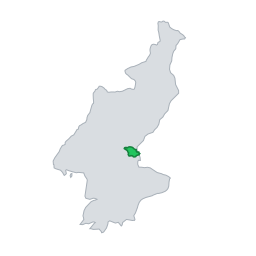 location of Jongphyong, Hamgyŏng-namdo, North Korea, rotated 342°
{"feature_id": "82179303B98077140175950", "entity_name": "Jongphyong", "entity_type": "district", "adm_level": 2, "iso_a3": "PRK", "parent_name": "North Korea", "parent_adm1": "Hamgyŏng-namdo", "projection": "albers", "projection_center": [127.328, 39.697], "detail": "fine", "context": "in_parent", "style": "filled", "palette": "green", "viewbox_px": 256, "rotation_deg": 342, "n_neighbors": 0, "source": "geoboundaries", "source_scale": "gbopen_adm2", "svg_char_len": 4236}
<svg xmlns="http://www.w3.org/2000/svg" viewBox="0 0 256 256"><g transform="rotate(342 128 128)"><path d="M152.8,188.7L151.9,189.2L150.3,192.1L148.8,195.9L147.3,197.9L145.7,199.0L143.8,199.7L140.2,200.0L136.9,199.7L135.9,199.3L131.3,199.6L130.1,199.9L123.6,199.6L120.2,199.9L118.0,200.6L115.8,202.1L113.9,204.3L112.3,206.7L108.8,211.1L106.4,213.2L106.4,216.3L106.3,217.3L105.5,217.9L105.2,217.6L103.8,217.4L98.3,214.5L93.7,216.2L92.5,218.4L91.3,219.1L89.6,214.7L86.6,214.5L81.9,210.6L79.9,211.3L79.3,212.9L76.7,216.4L73.0,219.2L71.8,219.6L70.5,219.4L70.7,218.5L69.3,215.2L63.6,213.7L61.6,212.3L60.6,212.0L66.2,208.4L67.7,207.8L66.7,206.9L65.5,206.5L60.9,206.9L58.5,205.6L55.0,205.9L52.6,204.9L57.7,201.4L58.0,199.3L58.0,197.7L60.7,193.0L63.3,190.4L69.9,186.8L72.8,186.3L74.8,186.5L76.5,186.2L74.8,184.7L73.1,184.0L69.7,184.1L66.2,181.8L66.0,179.5L73.1,165.2L73.2,163.9L72.2,160.4L72.0,157.0L67.2,154.9L65.0,154.6L58.9,150.6L56.5,148.6L55.6,149.1L55.3,152.2L54.4,152.9L52.7,153.4L52.0,149.9L50.8,147.3L46.8,144.5L45.4,143.1L46.2,140.0L45.8,139.7L46.6,136.3L49.2,133.7L55.4,129.1L57.1,126.9L60.2,124.3L61.6,124.4L63.1,124.2L63.5,123.1L63.9,122.2L65.1,121.4L68.2,120.1L71.6,118.2L74.3,117.8L77.6,115.0L79.0,113.7L80.4,113.7L80.7,113.2L81.5,111.7L82.6,110.8L84.1,110.6L86.4,109.9L89.4,109.5L91.5,107.2L92.2,105.5L93.6,103.6L96.5,101.6L98.5,98.5L100.7,95.3L101.7,94.2L102.7,94.0L103.3,92.8L104.1,89.3L105.1,85.8L105.7,84.2L108.2,82.5L108.8,81.6L109.4,81.4L110.5,81.6L112.1,80.6L113.5,79.4L114.9,79.8L116.2,80.8L117.6,82.7L118.2,84.2L119.3,85.5L119.5,87.3L120.7,88.1L123.0,88.5L126.9,89.8L129.4,89.8L130.9,90.8L133.9,91.3L139.8,90.5L142.3,90.9L143.3,92.0L144.9,92.9L145.9,93.0L147.2,91.4L148.6,88.8L149.5,86.9L149.4,85.3L148.6,83.7L146.6,82.2L145.3,79.8L144.0,77.3L143.3,76.5L142.7,75.3L142.6,73.5L143.0,72.2L145.9,71.4L149.7,70.9L152.8,71.3L158.0,70.9L161.1,70.2L163.4,70.2L165.6,70.2L166.5,69.1L169.5,66.5L170.9,65.6L172.5,63.8L172.7,62.0L173.0,60.6L173.8,59.0L175.3,57.0L176.7,56.1L178.1,56.2L179.7,57.0L180.7,57.9L181.9,57.6L182.8,56.1L183.4,55.8L185.1,55.6L185.7,54.6L186.2,50.2L186.8,46.6L186.9,44.2L188.4,40.0L188.8,37.6L189.7,36.4L190.8,36.5L191.8,37.2L192.9,37.6L194.4,37.1L195.5,37.7L196.2,39.0L198.5,39.8L198.8,40.5L198.9,44.9L200.2,46.9L201.9,48.7L204.2,50.4L205.5,50.7L206.3,51.9L207.0,54.0L208.7,56.0L209.6,57.4L209.9,59.0L210.6,59.8L209.4,60.8L207.6,60.3L204.8,60.0L201.2,63.2L199.2,64.3L197.9,67.4L195.1,69.2L193.5,71.2L191.6,74.5L190.3,77.7L187.3,81.0L185.6,85.1L185.6,88.6L187.7,92.1L188.0,95.1L186.7,101.4L187.7,108.0L186.9,110.6L177.4,115.4L174.9,117.7L171.4,123.7L167.2,125.9L164.5,128.4L160.8,129.9L158.4,134.0L155.8,136.4L152.7,137.9L150.4,139.8L145.2,139.9L141.5,141.2L138.8,144.7L130.9,148.7L129.8,151.7L130.4,156.3L130.4,159.8L129.7,162.7L128.0,161.9L127.0,162.8L126.0,165.5L126.3,168.6L129.0,169.6L131.3,170.8L134.5,171.4L136.8,172.8L141.9,179.3L146.0,182.0L147.0,183.1L149.4,184.5L151.6,186.7L152.8,188.7ZM59.8,156.3L58.3,157.3L58.2,155.5L59.4,154.0L60.6,153.9L59.8,156.3Z" fill="#d9dde1" stroke="#a8b0b8" stroke-width="1"/><path d="M118.6,145.8L118.5,146.0L118.3,146.2L118.2,146.4L118.1,146.5L118.3,146.8L118.6,147.1L118.9,147.3L119.0,147.6L119.5,147.7L119.5,148.0L119.7,148.5L120.1,148.7L120.4,149.3L120.4,150.0L120.4,150.5L120.6,151.2L120.9,151.8L120.7,152.1L120.4,152.5L120.0,153.2L120.1,154.1L120.4,155.0L120.5,155.0L120.9,155.1L121.2,155.2L121.5,155.3L121.8,155.2L122.2,155.1L122.6,155.3L122.8,155.5L123.0,155.7L123.5,155.7L123.8,156.0L124.0,156.4L124.1,156.9L124.4,157.2L124.8,157.4L125.5,157.5L125.9,157.6L126.5,157.6L126.9,157.3L127.1,157.1L127.5,156.8L128.0,156.8L128.6,156.8L129.4,156.8L130.2,156.9L130.4,156.6L130.4,156.4L130.7,156.2L131.0,156.1L130.8,155.9L130.9,155.7L131.1,155.6L131.0,155.4L130.6,154.9L130.6,154.7L130.8,154.4L130.4,154.2L130.2,153.8L130.0,153.7L129.4,153.9L129.2,153.8L129.0,153.6L128.9,153.4L128.8,152.8L128.8,152.7L128.8,152.0L128.8,151.6L129.1,151.0L128.2,150.7L127.7,150.2L127.2,149.5L126.9,148.9L126.6,148.3L126.1,147.7L125.5,147.3L124.9,146.9L124.1,146.6L123.7,146.4L122.9,146.3L122.4,146.3L122.0,146.4L121.5,146.6L121.1,146.6L120.8,146.4L120.5,146.1L120.1,145.8L119.6,145.8L119.2,145.8L118.9,145.7L118.6,145.8Z" fill="#22c55e" stroke="#15803d" stroke-width="1.5"/></g></svg>